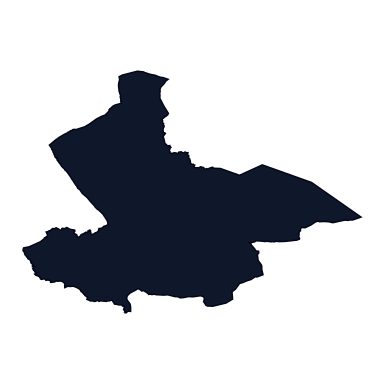 outline of Modum nor, Buskerud, Norway
{"feature_id": "86288312B5778191287767", "entity_name": "Modum nor", "entity_type": "district", "adm_level": 2, "iso_a3": "NOR", "parent_name": "Norway", "parent_adm1": "Buskerud", "projection": "robinson", "projection_center": [9.903, 60.01], "detail": "fine", "context": "isolated", "style": "filled", "palette": "ink", "viewbox_px": 384, "rotation_deg": 0, "n_neighbors": 0, "source": "geoboundaries", "source_scale": "gbopen_adm2", "svg_char_len": 5882}
<svg xmlns="http://www.w3.org/2000/svg" viewBox="0 0 384 384"><path d="M35.8,275.2L38.5,276.2L39.7,276.9L39.7,277.3L40.4,278.0L40.4,278.7L41.1,279.3L42.1,279.4L44.0,278.7L45.0,279.1L45.9,280.3L47.9,280.0L50.4,280.6L50.7,281.2L50.5,282.2L50.9,282.4L54.8,281.9L55.2,281.4L56.5,280.8L57.2,281.3L60.1,281.0L62.1,281.3L64.2,282.9L64.6,283.8L65.2,284.4L64.7,285.3L64.8,287.6L68.0,286.2L69.7,286.5L73.2,286.2L76.4,287.3L80.2,289.5L80.5,290.5L81.2,291.5L82.8,292.7L83.6,294.0L84.7,294.8L84.8,295.3L87.6,297.5L87.4,298.3L86.8,299.3L87.5,299.7L89.2,300.2L90.2,300.9L92.5,300.9L94.8,301.5L97.7,300.4L99.0,301.4L100.7,300.8L106.4,301.4L108.0,300.8L109.5,300.9L111.5,300.0L112.4,300.7L114.1,303.3L114.7,303.7L114.6,304.1L117.1,304.4L118.5,304.9L121.4,304.9L122.0,305.2L122.4,306.0L123.2,305.4L123.6,305.7L123.7,306.2L124.5,306.3L124.8,306.6L124.6,307.5L123.9,308.0L123.9,308.5L124.2,308.8L123.6,309.6L124.9,310.9L124.6,311.9L125.2,311.9L125.1,312.8L126.1,312.8L127.1,312.0L127.3,311.5L128.1,311.2L130.6,311.4L130.6,306.8L130.0,303.9L127.1,300.0L126.7,298.3L127.0,296.5L127.8,295.2L130.1,293.0L136.0,289.9L138.0,288.5L140.5,289.9L141.7,291.0L143.3,290.7L144.4,290.9L145.4,291.9L146.4,291.9L146.8,292.1L146.9,292.7L148.2,293.7L148.6,294.4L150.1,294.2L152.0,294.6L153.9,294.2L156.3,294.7L163.6,295.1L167.8,294.8L174.8,296.6L177.9,296.7L180.1,297.8L183.6,297.6L188.4,296.6L193.0,296.8L200.2,295.8L201.7,296.0L202.4,296.4L203.3,296.5L203.8,297.2L204.4,298.7L203.6,301.8L204.5,302.5L204.5,303.0L206.0,305.3L207.3,306.0L212.9,306.2L226.1,303.0L232.6,299.1L232.0,291.8L235.4,289.2L239.6,283.4L242.4,282.7L246.9,280.8L250.8,279.6L255.5,276.6L256.9,277.0L263.0,274.7L261.8,269.7L261.7,265.9L261.3,264.8L258.1,260.4L257.4,254.5L258.7,253.0L258.7,251.9L258.5,251.2L256.5,251.1L256.0,250.8L254.2,248.3L253.0,247.4L253.3,247.2L251.4,245.1L251.0,243.8L249.6,242.8L254.2,242.0L256.3,240.8L261.3,241.1L264.7,241.5L267.4,241.3L271.2,241.8L272.0,241.6L274.3,241.8L276.3,241.3L279.0,241.6L285.2,241.4L296.8,240.1L299.3,239.2L299.6,238.7L298.8,236.9L298.8,235.3L299.1,234.8L299.0,232.8L299.3,231.8L299.9,231.4L300.0,230.8L300.5,230.6L300.3,229.6L301.5,227.2L302.7,227.6L305.2,227.7L310.9,225.0L314.6,222.5L316.7,221.4L318.0,221.2L319.5,221.7L324.4,221.5L329.0,221.8L332.8,222.7L344.7,220.1L347.9,220.4L350.3,219.9L352.6,220.0L361.0,217.1L311.6,182.5L262.3,164.9L239.5,175.3L220.4,168.5L212.7,168.2L212.9,167.8L212.9,167.4L212.2,167.3L209.3,168.2L208.6,168.8L207.6,169.0L206.8,168.6L204.9,169.2L204.0,168.4L203.7,167.6L200.7,166.8L200.1,166.9L199.7,167.4L198.9,167.8L194.4,167.6L193.4,166.6L194.2,166.2L194.2,165.7L194.6,165.4L194.7,165.1L193.7,164.9L193.3,164.3L191.8,164.3L190.4,163.0L190.3,161.0L189.6,158.8L188.7,158.8L188.6,158.5L188.9,158.3L188.4,157.9L188.8,157.1L188.4,156.1L188.7,155.8L187.8,155.1L187.7,154.1L187.9,152.7L186.5,152.7L185.0,152.0L184.6,152.2L184.5,152.8L182.6,152.8L181.3,151.8L178.7,152.2L178.3,153.5L177.7,153.8L177.0,153.2L174.4,152.7L171.9,153.4L170.0,153.0L170.0,151.6L169.1,150.0L170.0,149.0L170.2,147.9L170.9,147.3L169.5,146.1L169.7,145.6L167.2,145.9L166.4,144.4L165.4,144.3L164.8,142.9L163.8,138.3L163.4,137.9L163.2,136.5L163.4,136.0L164.0,135.5L163.9,134.8L165.4,133.7L164.8,132.8L164.0,132.8L163.0,132.0L163.3,131.4L163.0,130.2L163.3,128.1L163.4,127.5L164.1,126.8L164.1,125.9L163.5,125.2L163.5,124.7L163.1,124.3L163.5,123.6L162.9,123.3L162.4,121.1L162.6,120.6L162.0,119.1L163.6,118.0L164.4,117.2L166.2,116.1L166.3,115.8L167.8,114.8L168.0,113.9L168.4,113.4L163.8,106.0L159.8,98.1L160.0,95.1L159.7,93.9L160.1,91.4L160.0,89.2L160.9,87.0L163.9,83.9L166.0,80.9L168.1,79.3L163.1,77.6L160.0,77.2L155.3,75.3L150.1,74.3L144.9,72.6L143.5,71.9L137.4,71.2L122.3,75.1L119.1,76.7L119.6,79.7L118.7,83.2L118.5,85.9L119.1,90.5L119.0,90.9L120.6,95.8L120.2,96.8L120.8,99.2L120.9,100.8L120.7,101.2L120.9,101.6L121.2,103.3L114.8,105.1L112.1,106.7L111.8,107.5L109.7,108.9L109.0,109.9L109.1,110.6L108.6,111.5L105.2,115.0L101.5,116.4L96.6,118.9L89.5,124.0L84.7,126.8L76.0,129.6L74.4,129.3L73.0,129.6L72.5,129.8L72.1,130.5L70.3,130.8L70.0,131.6L68.1,132.1L67.5,132.9L64.7,134.1L59.1,137.4L55.0,140.4L49.4,145.1L51.6,148.3L52.0,149.1L51.8,149.5L52.7,150.5L53.3,152.5L53.9,153.6L54.0,154.4L54.5,155.2L55.2,157.1L56.2,158.1L56.9,157.6L57.1,158.8L57.5,159.1L57.0,159.8L61.0,165.2L61.8,166.5L64.7,169.3L65.3,170.5L66.0,170.6L67.3,172.3L70.9,177.4L71.7,179.0L72.9,180.4L73.8,182.1L74.3,182.7L75.8,185.1L76.5,185.7L77.9,188.4L79.8,189.7L82.3,193.4L87.3,197.7L90.3,201.4L95.1,206.6L95.1,207.0L96.1,208.0L97.5,209.4L98.5,209.9L102.9,214.1L107.2,220.7L107.9,223.1L107.8,224.7L106.4,225.5L103.4,226.5L102.8,227.7L101.0,228.2L100.9,228.9L99.1,228.4L98.8,229.0L98.6,229.1L98.9,230.3L98.4,230.6L98.1,231.3L97.2,232.1L94.9,233.0L94.6,233.5L93.3,234.1L91.3,234.5L90.7,233.2L90.8,232.3L90.4,231.5L90.5,230.5L90.0,230.1L89.6,230.1L88.0,231.0L88.3,231.3L87.7,232.5L85.9,232.2L84.3,233.2L84.4,233.4L81.1,234.6L81.0,235.4L78.4,237.5L77.5,236.8L76.6,234.7L73.9,233.3L73.9,232.7L74.9,231.1L74.8,230.3L74.3,230.0L70.1,229.3L66.7,227.5L66.3,227.6L65.3,228.6L62.2,228.3L61.8,228.7L61.5,229.7L60.6,230.1L59.7,229.9L58.4,228.9L56.8,228.3L56.4,227.8L55.4,228.1L54.6,228.8L52.6,228.5L51.3,229.6L51.5,229.8L51.2,230.6L49.1,230.7L48.4,231.4L46.2,232.0L46.8,233.3L47.2,233.6L47.0,233.9L47.6,235.0L47.5,235.8L46.7,236.4L47.0,237.0L46.2,237.8L45.7,237.2L44.9,237.6L44.4,238.0L44.5,238.5L40.3,241.8L29.1,246.8L23.6,247.9L23.2,249.0L23.2,249.9L23.0,250.4L23.5,251.2L24.4,252.0L24.3,252.4L25.0,254.8L25.9,255.4L26.5,256.7L27.6,257.7L27.9,258.7L29.1,259.3L30.2,260.2L30.7,261.4L31.1,261.6L30.8,262.1L31.1,263.0L33.2,264.9L33.1,265.2L32.3,265.9L32.8,266.4L33.1,266.2L33.8,266.4L33.2,266.8L33.6,266.9L33.6,267.4L32.7,268.7L33.6,269.7L33.5,270.1L33.7,270.4L34.4,270.5L34.8,271.0L34.6,271.2L34.9,272.0L36.7,272.7L35.8,273.3L36.5,274.0L35.9,274.5L35.5,274.4L35.2,273.9L34.7,274.1L35.8,275.2Z" fill="#0f172a" stroke="#020617" stroke-width="1.5"/></svg>